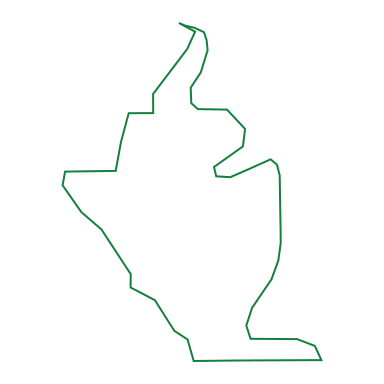 the district of West Baton Rouge, Louisiana, United States of America
{"feature_id": "52423323B55664774745263", "entity_name": "West Baton Rouge", "entity_type": "district", "adm_level": 2, "iso_a3": "USA", "parent_name": "United States of America", "parent_adm1": "Louisiana", "projection": "equal_earth", "projection_center": [-91.297, 30.491], "detail": "fine", "context": "isolated", "style": "outline", "palette": "green", "viewbox_px": 384, "rotation_deg": 0, "n_neighbors": 0, "source": "geoboundaries", "source_scale": "gbopen_adm2", "svg_char_len": 724}
<svg xmlns="http://www.w3.org/2000/svg" viewBox="0 0 384 384"><path d="M194.6,27.8L185.4,25.7L178.9,23.0L195.1,31.7L187.2,49.0L153.1,94.0L153.2,113.1L128.7,113.2L121.0,141.9L115.7,170.9L65.1,171.6L62.6,185.3L81.4,212.2L101.4,229.4L130.7,274.1L130.6,287.5L154.9,300.2L174.3,330.8L183.0,336.5L187.5,339.4L193.7,361.0L237.9,360.5L321.4,360.1L314.8,345.9L297.0,339.1L250.6,338.8L246.3,325.6L252.1,307.8L271.5,279.3L278.3,260.6L280.7,243.2L280.6,230.0L280.5,224.9L279.7,175.5L277.0,164.7L270.6,159.3L250.4,168.4L230.3,177.2L216.2,176.3L214.0,167.0L242.9,146.4L245.1,129.0L227.0,109.6L197.8,109.1L191.3,103.2L190.7,87.7L200.8,72.4L207.6,50.3L206.6,40.2L204.0,32.2L194.6,27.8Z" fill="none" stroke="#15803d" stroke-width="2"/></svg>